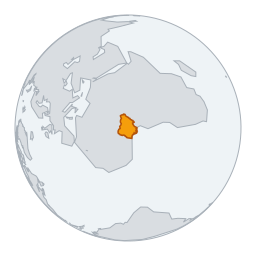 Nigeria on an orthographic globe, rotated 278°
{"feature_id": "NGA", "entity_name": "Nigeria", "entity_type": "country or territory", "adm_level": 0, "iso_a3": "NGA", "parent_name": "Africa", "parent_adm1": "", "projection": "orthographic", "projection_center": [7.751, 9.075], "detail": "fine", "context": "on_globe", "style": "filled", "palette": "amber", "viewbox_px": 256, "rotation_deg": 278, "n_neighbors": 0, "source": "natural_earth", "source_scale": "50m", "svg_char_len": 11095}
<svg xmlns="http://www.w3.org/2000/svg" viewBox="0 0 256 256"><g transform="rotate(278 128 128)"><circle cx="128" cy="128" r="113" fill="#eef3f6" stroke="#a8b0b8"/><path d="M90.0,22.0L87.5,22.9L88.3,22.7L85.8,23.7L88.6,22.8L90.8,21.9L92.8,21.3L93.5,21.2L90.3,22.4L89.5,22.6L89.0,22.9L87.1,23.6L88.4,23.2L84.5,24.8L89.3,23.2L87.0,24.5L84.2,25.6L83.3,25.5L74.4,29.0L71.3,30.7L67.7,32.9L63.6,36.7L60.6,38.9L57.5,41.8L59.7,40.4L62.9,37.7L66.2,36.2L69.8,33.5L71.6,32.6L75.8,30.1L76.5,30.6L74.8,32.5L71.4,34.8L70.6,35.8L74.9,34.0L69.5,38.9L67.7,43.6L66.2,45.1L61.3,46.8L58.7,45.6L52.4,49.2L57.7,47.2L53.8,51.4L53.7,52.4L54.7,52.5L56.6,51.1L55.6,52.8L49.9,55.1L50.8,53.6L52.6,52.8L51.3,52.4L47.4,54.6L45.7,56.9L41.7,58.9L40.4,60.6L38.8,62.3L41.1,59.2L36.9,65.0L31.9,70.2L26.1,81.2L30.4,72.1L31.1,70.6L31.2,70.4L35.9,63.2L41.1,56.3L46.9,49.9L53.1,43.9L59.8,38.4L66.8,33.4L74.2,29.0L82.0,25.2L90.0,22.0ZM19.5,97.6L19.4,98.4L17.5,106.1L16.7,110.6L17.1,110.2L17.1,112.9L18.4,108.8L19.8,107.2L18.7,113.7L20.4,108.3L20.6,111.9L24.2,113.4L23.7,114.7L26.6,123.9L31.6,129.0L32.8,134.1L32.0,136.9L34.2,138.3L34.3,140.2L44.8,145.5L51.5,151.5L52.3,158.3L48.5,165.1L49.5,180.4L43.9,184.0L45.5,189.9L46.3,197.8L42.5,196.0L46.7,200.9L47.1,203.0L45.5,202.5L47.9,205.5L46.8,205.0L49.5,207.5L51.8,210.6L55.8,214.2L58.6,216.7L61.3,218.7L60.8,218.4L61.1,218.6L54.0,212.9L47.4,206.7L45.9,205.2L46.4,205.7L44.5,203.7L39.3,197.3L34.6,190.4L24.3,169.1L22.4,164.4L19.7,158.0L16.0,140.2L15.6,133.9L15.4,130.5L16.1,122.1L16.8,113.2L16.8,111.6L16.3,114.4L16.7,110.5L19.5,97.6ZM24.4,84.8L23.4,91.8L22.4,91.5L22.9,90.7L23.5,88.1L24.0,85.3L23.6,85.7L24.4,84.8ZM27.6,79.5L27.6,78.8L27.8,79.0L27.6,79.5ZM75.2,30.0L75.5,30.1L74.5,30.5L75.2,30.0ZM76.7,29.0L75.4,29.5L75.9,29.1L76.7,28.8L76.7,29.0ZM78.2,28.6L77.0,28.4L78.0,27.7L81.8,26.1L78.2,28.6ZM91.2,21.7L88.9,22.6L90.2,22.0L91.2,21.7ZM100.5,18.8L98.8,19.2L96.1,20.0L98.6,19.3L91.6,21.5L92.1,21.2L100.5,18.8ZM93.7,21.0L93.6,20.9L96.8,19.9L97.6,19.9L96.3,20.2L93.7,21.0ZM95.9,20.4L97.9,20.0L97.0,20.4L94.0,21.1L95.9,20.4ZM97.3,19.7L98.9,19.3L98.3,19.5L97.3,19.7ZM94.9,22.3L94.7,22.0L96.4,21.4L94.9,22.3ZM98.7,19.8L99.0,19.6L99.7,19.4L100.8,19.3L98.7,19.8ZM102.7,18.2L102.9,18.2L104.6,17.8L106.0,17.6L102.8,18.3L104.7,17.9L105.1,17.8L102.1,18.5L102.7,18.2ZM103.8,18.6L100.2,19.7L100.2,20.3L98.7,20.8L99.0,19.8L103.8,18.6ZM103.0,18.5L101.3,19.0L100.0,19.2L103.0,18.5ZM107.5,17.2L108.0,17.2L106.8,17.4L107.1,17.3L107.5,17.2ZM104.1,18.6L105.0,18.4L104.4,18.6L104.1,18.6ZM107.2,17.5L106.7,17.5L107.5,17.3L107.2,17.5ZM107.1,17.9L106.0,18.2L105.1,18.3L107.1,17.9ZM107.5,17.6L108.8,17.4L105.5,18.1L107.1,17.7L107.5,17.6ZM108.1,17.3L108.5,17.2L108.2,17.3L108.1,17.3ZM111.1,17.6L107.2,18.5L105.3,18.6L109.4,17.6L111.1,17.6ZM62.3,219.5L61.6,218.9L65.8,221.8L66.3,222.2L65.7,221.8L62.3,219.5ZM63.1,219.4L63.2,219.0L64.3,219.7L64.4,220.1L63.1,219.4ZM239.0,108.9L239.1,109.7L239.7,113.4L239.6,112.7L238.4,105.6L235.8,95.8L236.0,98.3L234.8,94.2L231.2,86.8L231.0,90.3L231.4,102.6L233.4,113.4L232.7,118.7L226.8,104.4L223.0,94.5L221.5,96.0L214.9,88.6L205.3,90.1L203.4,87.7L201.7,89.3L196.9,87.4L193.6,83.5L191.0,84.2L199.5,94.4L202.3,93.8L203.7,89.1L205.6,92.9L210.2,95.9L207.4,106.5L192.2,117.7L189.7,109.8L172.9,89.7L172.9,87.2L172.5,86.5L172.0,90.5L168.8,86.6L178.8,100.7L180.9,107.1L192.0,118.2L191.2,119.6L194.5,121.8L203.6,117.5L203.9,120.2L200.2,133.4L186.6,152.2L187.8,163.5L185.9,173.3L176.2,180.5L175.8,187.8L170.6,190.8L169.5,194.9L164.6,199.6L156.9,204.1L145.2,204.9L145.4,201.3L141.0,194.3L135.3,176.9L139.3,168.5L138.6,162.0L130.1,147.9L132.0,139.8L129.5,136.5L124.4,137.4L121.3,133.5L118.1,133.5L97.6,136.6L90.7,131.3L81.3,115.2L84.6,108.9L84.3,101.5L106.4,77.0L112.1,78.2L130.7,74.6L133.3,75.4L132.2,80.9L147.1,87.0L150.6,82.2L162.9,85.1L170.4,84.5L171.0,74.1L158.7,75.0L155.5,70.3L164.4,65.4L174.9,65.3L174.0,63.5L166.4,60.0L167.8,56.6L163.6,58.5L166.0,60.2L163.5,61.6L161.1,60.2L161.7,59.0L158.2,58.4L156.3,65.0L158.5,67.4L150.1,69.2L153.0,73.6L151.1,75.8L145.4,69.4L145.2,67.0L135.4,60.7L134.8,63.3L144.0,69.6L141.6,69.2L140.9,73.4L139.5,69.9L129.6,62.9L121.3,65.0L112.5,75.6L107.3,76.7L102.2,74.9L103.7,64.5L115.1,63.3L115.8,60.2L112.1,55.9L115.9,56.1L115.8,54.4L119.9,54.0L124.4,49.7L128.4,49.1L128.8,44.2L131.0,43.4L130.1,46.4L131.7,48.4L141.5,47.6L143.0,46.5L142.5,43.6L145.3,44.0L143.5,41.2L148.5,39.9L140.9,39.4L140.1,36.5L142.4,34.2L140.7,33.3L137.0,37.1L136.8,38.8L138.8,40.3L136.9,45.5L133.8,46.5L130.6,41.2L125.9,42.3L125.5,38.2L135.7,29.6L140.7,28.1L151.7,31.0L151.3,32.6L147.2,32.3L152.3,35.0L151.3,33.6L153.6,34.1L153.4,31.9L155.0,32.1L152.0,29.7L154.0,29.8L155.8,31.4L157.2,28.7L160.9,28.7L160.5,28.0L158.9,27.3L164.7,28.0L164.1,27.5L161.9,27.0L159.4,25.8L157.1,24.0L159.2,24.4L160.3,25.0L165.8,27.2L168.5,29.3L169.1,29.3L167.3,27.6L160.6,24.9L158.6,23.8L161.9,24.8L160.5,24.3L160.2,23.9L161.9,23.9L158.3,22.8L151.8,18.9L154.4,18.9L158.1,20.0L155.8,18.9L156.8,19.1L164.5,21.4L172.0,24.3L179.3,27.7L186.3,31.6L193.0,36.0L199.4,40.9L205.5,46.2L211.1,51.9L216.3,58.1L221.1,64.5L225.3,71.3L229.1,78.4L232.4,85.8L235.2,93.3L237.4,101.0L239.0,108.9ZM100.1,89.3L99.8,91.4L99.8,91.5L100.1,89.3ZM187.1,70.7L192.7,70.6L188.4,64.7L190.2,64.3L188.1,62.6L188.1,64.3L182.6,59.7L184.3,57.8L182.7,55.4L180.8,55.4L178.4,59.7L186.2,66.1L185.7,68.7L187.1,70.7ZM24.4,113.4L24.7,114.8L24.0,114.6L24.4,113.4ZM21.4,94.0L21.6,94.5L21.4,95.6L21.1,95.7L21.4,94.0ZM24.9,97.1L25.5,98.0L24.5,98.1L24.9,97.1ZM23.4,92.7L24.4,96.6L22.6,97.6L22.1,95.3L22.9,95.3L23.4,92.7ZM25.8,82.8L25.7,83.5L25.2,84.5L25.8,82.8ZM27.7,79.7L28.0,78.7L27.7,79.7ZM54.2,51.3L54.6,51.1L55.2,51.6L54.1,52.1L54.2,51.3ZM62.4,50.3L60.5,53.1L61.1,51.3L59.3,52.3L58.4,50.1L65.4,45.7L62.4,48.0L62.4,50.3ZM59.1,46.4L58.9,48.0L58.9,46.4L59.1,46.4ZM111.0,46.5L112.8,47.4L111.9,49.3L106.8,51.0L108.1,48.1L111.0,46.5ZM115.7,48.3L114.0,43.1L117.1,42.1L115.6,43.5L117.8,43.4L116.1,45.6L120.8,50.2L120.3,52.2L111.1,53.7L114.4,51.9L112.4,51.0L115.7,48.3ZM104.0,34.4L103.3,32.9L111.0,32.6L110.7,34.0L105.6,35.6L102.9,34.8L104.0,34.4ZM85.1,26.1L84.4,26.2L85.2,25.8L86.6,25.4L85.1,26.1ZM94.7,22.2L89.4,25.7L88.2,25.9L86.5,28.2L82.8,29.6L84.0,27.9L79.9,31.0L79.5,30.1L77.1,32.2L80.2,28.4L79.7,28.0L81.7,27.9L85.1,26.5L86.4,25.8L89.8,23.7L90.5,22.5L94.0,21.3L96.3,20.8L96.6,20.9L94.3,21.6L96.5,21.2L93.3,22.3L94.7,22.2ZM121.2,19.6L118.2,19.7L122.2,20.6L119.0,21.1L119.7,21.2L117.9,22.0L116.8,23.2L115.2,23.4L115.5,23.8L114.3,24.5L114.1,25.2L111.2,25.8L110.7,26.8L109.6,26.6L109.6,28.2L108.3,27.3L106.6,28.3L108.8,28.6L93.5,31.8L88.1,34.4L84.3,37.1L82.5,35.7L84.9,32.4L89.5,28.7L95.0,26.7L93.2,26.6L95.3,25.7L95.8,26.1L96.2,24.9L98.1,24.3L102.2,22.1L101.6,21.1L103.1,20.4L104.3,20.5L105.0,19.8L108.1,19.6L109.3,19.2L113.5,18.8L115.1,19.5L116.2,19.0L119.5,18.9L121.2,19.6ZM112.3,17.5L114.9,17.9L114.5,18.5L107.2,19.0L105.8,19.4L101.1,20.1L101.9,19.3L103.1,19.2L104.5,18.9L103.7,19.2L105.4,18.7L107.2,18.5L109.0,18.1L109.3,18.3L112.3,17.5ZM135.4,73.3L137.3,73.4L140.0,73.0L139.6,75.8L135.4,73.3ZM128.6,68.5L130.2,68.1L130.9,71.5L129.0,71.5L128.6,68.5ZM130.4,65.1L130.2,67.8L129.2,66.4L130.4,65.1ZM131.5,46.0L133.1,45.5L133.5,46.2L132.9,47.3L131.5,46.0ZM132.2,23.7L130.6,23.3L130.9,23.1L129.0,21.8L131.1,21.5L133.1,22.1L132.2,23.7ZM169.3,76.0L167.5,78.1L166.2,77.3L167.1,76.7L169.3,76.0ZM153.1,77.0L157.1,78.0L153.0,77.7L153.1,77.0ZM134.2,23.2L133.2,22.6L134.9,22.8L134.2,23.2ZM132.6,21.2L134.5,21.3L131.2,21.3L132.6,21.2ZM193.2,217.1L192.6,218.1L191.6,218.5L193.2,217.1ZM201.7,169.8L192.8,187.4L188.4,188.0L188.6,183.2L192.6,172.7L198.0,169.2L200.9,164.2L201.7,169.8ZM240.6,124.5L240.0,118.1L240.2,117.9L240.3,119.1L240.6,124.5ZM233.8,114.3L235.5,120.3L234.9,121.7L233.8,114.3ZM151.3,22.1L151.6,24.0L153.2,25.6L156.4,26.8L152.0,26.2L149.5,23.6L151.3,22.1ZM151.6,19.1L148.8,18.4L149.9,18.5L150.6,18.6L151.6,19.1ZM150.0,18.9L146.8,18.7L145.1,18.1L148.0,18.4L150.0,18.9ZM140.6,20.3L140.5,20.8L139.1,20.6L140.6,20.3Z" fill="#d9dde1" stroke="#a8b0b8" stroke-width="1"/><path d="M139.2,118.8L139.5,119.2L139.8,119.7L140.1,120.0L140.3,120.9L140.3,121.1L140.3,121.3L140.5,121.4L140.8,121.5L141.0,121.5L141.2,121.8L141.2,122.2L141.1,122.5L141.1,122.9L141.1,123.0L140.8,123.3L140.4,123.6L140.1,123.6L139.8,123.8L139.5,124.4L139.2,124.9L139.1,125.3L138.9,125.8L138.7,126.0L138.6,126.3L138.6,126.5L138.6,126.8L138.5,127.0L138.2,127.1L137.9,127.5L137.8,128.0L137.8,128.3L137.7,128.6L137.4,128.8L137.0,128.9L136.9,129.2L136.7,129.5L136.6,130.2L136.3,130.6L136.3,130.9L136.0,131.2L135.9,131.4L135.8,131.5L136.0,131.8L135.9,131.9L135.6,132.1L135.5,132.3L135.4,132.3L135.4,132.6L135.3,132.8L135.1,133.0L134.8,133.1L134.6,133.2L134.4,132.6L134.0,132.3L133.8,132.1L133.6,131.9L133.5,132.0L133.4,132.2L133.3,132.3L133.2,132.3L132.8,132.3L132.8,132.2L132.7,132.1L132.1,132.5L131.9,132.8L131.7,133.0L131.4,133.2L131.3,133.3L131.2,133.4L130.9,133.7L130.6,134.0L130.4,134.2L130.3,134.5L130.2,134.8L130.2,135.1L130.1,135.6L129.9,135.9L129.7,136.1L129.6,136.3L129.6,136.5L129.3,136.5L129.3,136.4L129.2,136.3L129.0,136.2L128.9,136.2L129.1,136.7L129.1,136.9L128.5,136.9L128.1,136.9L127.8,136.9L127.6,136.9L127.6,136.7L127.5,136.8L127.4,136.9L127.1,136.9L126.9,136.8L126.8,136.6L126.7,136.6L126.9,136.8L126.8,137.0L126.6,137.2L126.4,137.2L126.2,136.9L126.2,136.7L126.1,136.8L126.1,137.0L126.3,137.2L126.1,137.3L125.8,137.3L125.8,137.2L125.7,137.1L125.7,137.3L125.2,137.4L125.1,137.2L125.0,137.4L124.9,137.4L124.7,137.4L124.4,137.2L124.2,137.1L123.8,136.7L123.7,136.5L123.6,136.3L123.5,136.1L123.4,135.7L123.5,135.7L123.4,135.6L123.3,135.3L123.5,135.3L123.6,135.2L123.4,135.2L123.1,135.0L123.0,134.9L123.4,134.9L123.5,134.8L123.4,134.8L123.3,134.7L123.2,134.6L123.0,134.8L122.8,134.7L122.7,134.4L122.4,134.0L121.9,133.6L121.5,133.3L120.9,133.2L119.7,133.2L119.8,133.1L120.2,132.9L119.7,133.0L119.4,133.2L118.3,133.2L118.2,133.2L118.2,132.8L118.3,132.7L118.2,132.3L118.2,132.0L118.3,132.0L118.3,131.9L118.3,131.7L118.3,131.2L118.3,130.9L118.2,130.8L118.2,130.6L118.2,130.4L118.2,129.9L118.2,129.5L118.2,129.3L118.2,129.2L118.3,128.8L118.3,128.5L118.4,128.0L118.6,128.0L118.9,127.9L119.0,127.7L119.1,127.2L119.4,126.8L119.4,126.6L119.5,126.5L119.6,126.4L119.9,126.3L120.0,126.1L120.1,125.8L119.9,125.6L120.0,125.4L120.3,125.3L120.4,124.9L120.3,124.6L120.3,124.2L120.2,124.0L120.2,123.9L119.8,123.4L119.8,123.2L119.9,122.9L120.0,122.8L120.1,122.7L120.0,122.4L120.1,122.1L120.1,121.8L120.1,121.4L120.1,121.2L120.4,121.0L120.7,120.7L120.9,120.4L121.0,120.1L121.1,119.4L121.3,119.3L121.6,119.0L121.9,118.9L122.1,118.8L122.4,118.8L122.6,118.8L122.9,118.8L123.2,118.8L123.4,118.6L123.5,118.6L124.3,118.8L125.0,119.0L125.4,119.1L125.6,119.3L125.8,119.5L126.2,120.1L126.3,120.2L126.4,120.3L126.6,120.3L126.8,120.2L127.1,120.1L128.1,119.6L128.4,119.7L128.7,119.7L129.4,120.2L129.9,120.5L130.3,120.6L130.8,120.6L131.6,120.7L132.2,120.0L132.4,119.9L132.7,119.7L133.2,119.6L134.1,119.5L135.0,119.6L135.5,119.7L136.1,119.9L136.4,120.1L136.7,120.1L137.0,120.0L137.1,119.8L137.4,119.6L137.6,119.5L137.8,119.3L138.1,119.2L138.4,119.1L138.6,118.9L138.8,118.8L139.2,118.8ZM127.1,137.1L126.9,137.2L127.0,136.9L127.1,137.0L127.1,137.1Z" fill="#f59e0b" stroke="#b45309" stroke-width="1.5"/></g></svg>